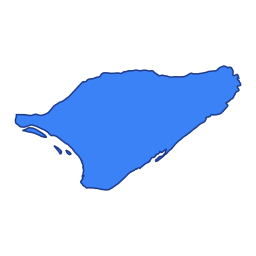 outline of Cidade Da Beira, Sofala, Mozambique
{"feature_id": "85939544B78683919401949", "entity_name": "Cidade Da Beira", "entity_type": "district", "adm_level": 2, "iso_a3": "MOZ", "parent_name": "Mozambique", "parent_adm1": "Sofala", "projection": "albers", "projection_center": [34.842, -19.735], "detail": "fine", "context": "isolated", "style": "filled", "palette": "blue", "viewbox_px": 256, "rotation_deg": 0, "n_neighbors": 0, "source": "geoboundaries", "source_scale": "gbopen_adm2", "svg_char_len": 5709}
<svg xmlns="http://www.w3.org/2000/svg" viewBox="0 0 256 256"><path d="M234.9,94.5L235.2,93.3L236.0,92.3L237.3,91.3L238.3,91.0L238.9,90.3L238.8,89.4L237.3,87.1L237.3,86.8L237.7,86.1L240.2,85.5L240.5,85.3L240.6,85.0L240.6,84.2L240.5,83.7L239.2,81.5L239.0,80.8L238.8,80.4L238.1,80.1L237.9,79.7L237.5,79.4L237.4,79.0L237.4,78.7L237.8,78.0L237.8,77.8L238.8,78.0L238.3,76.3L238.0,75.9L237.6,74.8L237.3,74.5L236.1,74.7L234.4,75.6L233.7,75.6L233.1,75.1L232.9,74.3L233.1,72.0L233.0,70.8L231.8,68.4L231.5,68.3L231.0,67.5L229.4,67.2L229.0,67.2L228.6,67.5L227.9,67.7L227.5,67.7L227.2,67.4L227.0,67.1L224.4,66.1L223.2,66.1L221.4,67.0L220.4,67.3L219.7,67.7L218.4,68.7L218.0,69.3L217.7,69.4L217.3,70.0L215.6,70.8L209.8,71.3L208.6,71.5L206.1,72.4L204.6,72.6L203.9,72.9L197.5,73.9L193.5,73.9L191.4,73.2L190.7,73.3L188.7,74.3L186.5,75.7L185.8,76.0L184.2,76.6L183.2,76.7L181.0,76.8L179.8,77.0L175.8,76.7L174.0,76.8L172.4,77.1L170.7,77.1L169.3,76.9L167.1,76.1L165.8,76.0L162.0,75.1L161.7,75.4L159.7,75.8L158.7,75.4L155.4,73.1L154.6,72.8L154.2,72.5L153.6,71.5L153.3,71.4L153.0,71.0L151.4,70.7L151.1,70.8L148.8,71.0L147.6,70.7L146.6,70.4L145.5,70.2L143.4,70.2L142.8,70.4L140.0,70.8L138.6,70.6L137.6,70.3L136.1,70.1L135.0,70.2L132.5,70.8L129.1,70.7L127.1,71.2L125.7,71.8L124.5,71.7L123.7,71.9L122.1,73.0L121.0,73.5L118.2,73.0L116.8,73.0L115.0,73.2L111.6,73.4L106.2,72.8L103.8,72.9L103.1,73.0L101.7,73.9L101.5,74.2L101.2,74.5L100.5,75.5L99.8,76.6L99.4,76.8L96.7,77.3L94.8,77.9L93.1,78.7L90.6,78.9L88.5,79.3L87.8,79.7L87.6,80.0L87.2,80.1L86.3,81.3L85.6,81.7L83.7,81.9L83.2,81.7L81.8,82.8L69.0,96.6L66.4,98.4L65.0,99.7L61.7,101.7L59.8,102.2L56.3,104.5L55.9,104.6L54.5,105.7L54.0,105.9L53.3,106.8L52.9,107.1L52.2,108.2L51.9,108.4L51.7,108.8L51.0,109.7L50.7,109.9L50.5,110.3L50.0,110.5L49.5,111.4L49.2,111.6L49.0,112.1L48.7,112.2L48.4,112.6L47.0,113.3L46.3,113.8L42.4,115.2L40.8,115.4L39.8,115.3L38.2,115.0L36.4,114.2L34.5,114.4L32.0,115.3L30.2,115.5L24.5,114.7L16.4,114.6L16.4,115.3L16.2,117.1L15.4,119.7L15.4,120.7L15.6,122.4L15.9,123.1L16.5,123.8L17.7,124.5L19.8,126.4L20.8,126.9L24.1,127.1L25.3,126.9L27.3,126.1L30.5,125.2L31.4,125.0L32.2,125.0L36.5,126.3L42.5,129.2L43.2,129.5L44.2,129.7L44.8,130.2L47.3,131.8L48.3,132.7L48.5,133.0L49.2,133.8L51.2,135.6L53.1,135.4L56.1,136.1L59.6,138.6L60.4,139.4L63.7,141.8L64.3,142.5L65.2,142.9L66.8,144.0L67.6,144.1L67.9,144.3L71.2,147.7L72.2,148.5L75.0,152.3L75.6,152.8L76.5,153.9L77.4,154.7L78.8,156.2L79.6,157.5L80.4,158.6L80.9,159.7L81.5,160.3L82.4,160.7L81.5,160.7L81.3,160.8L81.3,161.0L81.8,161.6L82.0,162.8L82.4,163.0L82.5,163.9L83.0,164.8L83.2,165.9L83.2,166.6L82.8,166.8L82.8,167.0L83.1,167.7L83.1,168.3L83.4,169.1L83.6,170.9L83.1,173.6L82.9,175.2L83.0,175.3L83.7,175.6L84.0,175.9L83.7,176.2L83.5,176.3L83.1,176.2L82.7,176.1L82.5,175.7L82.3,175.8L82.4,176.4L82.3,177.7L82.4,178.1L82.7,178.4L82.8,178.9L81.6,180.1L81.2,181.3L80.8,181.4L80.7,181.8L81.1,182.9L82.4,184.1L82.8,185.1L83.2,185.5L85.2,186.8L85.5,187.2L86.5,187.9L87.4,187.9L88.9,187.5L89.1,187.6L89.1,187.8L89.3,187.9L91.1,187.8L91.5,187.9L91.8,187.8L92.1,187.9L92.9,187.9L94.1,188.0L94.9,188.3L96.8,188.3L97.5,188.5L97.7,188.4L100.5,189.2L105.5,189.9L108.6,189.7L109.8,189.1L110.1,189.0L110.5,188.6L111.7,188.1L118.4,183.4L123.8,178.4L126.7,175.6L127.7,174.3L130.5,172.1L134.5,170.1L135.4,169.1L136.7,169.1L137.1,168.9L137.3,168.4L137.9,168.1L138.5,167.8L139.3,167.9L139.9,168.3L140.5,167.9L141.2,167.1L145.2,163.9L146.4,163.1L147.4,162.8L148.0,162.3L148.9,161.9L149.6,161.5L149.5,161.3L149.1,161.3L149.9,160.7L151.4,158.1L151.6,157.8L153.4,157.4L154.7,156.9L156.0,155.3L155.8,154.9L156.2,154.8L156.6,154.4L158.0,154.1L158.7,153.3L160.1,152.4L159.9,151.6L160.4,151.7L160.6,151.6L161.6,152.4L162.0,152.4L163.3,151.4L163.6,150.9L164.7,150.2L165.2,149.6L166.0,149.4L165.2,153.1L162.9,155.6L162.5,155.9L161.8,156.3L159.7,156.5L159.1,156.9L158.6,157.5L157.8,158.2L156.6,159.5L155.8,159.9L155.7,160.1L156.6,160.4L156.5,160.8L156.1,160.9L156.0,161.3L157.0,161.1L158.6,160.0L162.4,157.1L165.0,154.7L166.7,153.4L167.7,152.1L168.0,151.9L168.1,151.6L168.4,151.5L168.6,151.1L171.3,149.0L171.5,148.6L171.8,148.4L172.0,148.0L172.4,147.8L172.5,147.4L173.3,146.7L173.5,146.2L173.9,146.0L174.4,145.3L174.6,144.9L177.5,141.9L177.9,141.7L178.1,141.3L178.8,140.9L179.0,140.6L179.3,140.4L179.5,140.1L179.9,140.0L181.2,139.0L183.1,137.2L184.4,136.4L184.6,136.1L185.7,135.4L186.1,135.3L186.3,135.0L187.1,134.5L187.6,134.0L188.0,133.8L188.2,133.6L189.7,132.6L192.9,129.8L196.5,127.2L197.6,126.1L198.2,125.7L199.2,124.6L201.3,123.3L202.8,122.7L204.2,121.9L205.2,120.9L205.6,120.1L206.4,117.8L206.4,117.5L207.5,117.0L208.6,117.0L210.0,116.4L211.1,115.0L211.5,114.7L213.5,114.9L215.7,114.8L217.5,114.5L219.3,113.9L219.7,113.9L221.0,113.3L223.2,111.2L223.4,110.8L223.7,110.6L225.7,108.4L227.8,105.8L227.7,105.2L227.4,104.5L226.3,103.6L226.1,102.9L226.1,102.5L226.8,102.2L227.5,102.1L229.2,101.1L229.5,100.7L229.8,100.5L231.0,99.2L232.7,98.4L233.4,97.3L234.0,95.9L234.6,95.1L234.7,94.6L234.9,94.5ZM42.3,136.6L42.3,136.4L42.5,136.3L43.2,136.5L43.7,136.8L44.3,137.4L45.2,137.2L46.2,137.2L46.3,137.0L45.8,136.2L44.1,134.5L40.7,132.2L38.9,131.2L36.5,129.7L34.7,128.9L32.7,128.1L29.8,127.8L28.5,127.8L27.9,128.1L26.8,128.9L23.4,130.2L22.4,130.4L26.1,131.2L28.0,131.8L32.1,132.5L34.3,133.1L37.9,134.6L40.0,135.6L41.2,136.3L42.3,136.6ZM60.1,153.8L60.6,153.7L60.8,153.5L61.0,153.6L61.1,153.4L60.3,152.4L60.5,152.3L61.1,152.4L61.5,152.1L61.3,151.3L60.8,150.5L59.0,149.0L58.2,148.1L54.9,146.2L53.9,145.8L55.3,147.3L55.7,147.9L57.9,150.4L58.9,151.7L60.1,153.8ZM66.3,150.4L66.1,150.6L66.8,152.2L67.2,152.9L68.1,153.8L69.4,154.6L69.8,154.4L70.3,154.4L70.7,154.1L70.9,153.7L70.0,152.6L69.0,151.8L66.3,150.4Z" fill="#3b82f6" stroke="#1e3a8a" stroke-width="1.5"/></svg>